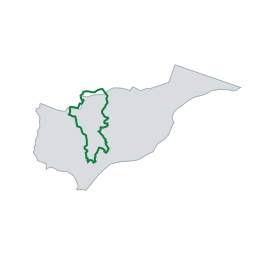 Meknès - Tafilalet on a map of Morocco (Robinson projection), rotated 199°
{"feature_id": "MAR-1452", "entity_name": "Meknès - Tafilalet", "entity_type": "Region", "adm_level": 1, "iso_a3": "MAR", "parent_name": "Morocco", "parent_adm1": "", "projection": "robinson", "projection_center": [-5.04, 32.255], "detail": "fine", "context": "in_parent", "style": "outline", "palette": "green", "viewbox_px": 256, "rotation_deg": 199, "n_neighbors": 0, "source": "natural_earth", "source_scale": "10m", "svg_char_len": 5362}
<svg xmlns="http://www.w3.org/2000/svg" viewBox="0 0 256 256"><g transform="rotate(199 128 128)"><path d="M36.6,201.1L38.1,198.5L40.5,197.4L45.6,196.8L53.1,194.6L59.8,191.3L61.8,190.0L63.8,187.4L67.2,184.0L73.6,179.9L76.5,177.6L81.0,171.9L84.0,167.2L86.4,164.1L88.2,161.4L89.4,158.7L90.1,154.2L89.7,152.5L87.9,149.7L86.6,148.9L86.3,147.6L87.0,145.2L87.1,141.2L87.5,134.8L89.7,129.6L94.8,122.7L95.7,119.9L96.4,115.5L96.4,113.9L102.8,107.6L106.5,102.7L107.8,101.6L111.0,99.3L122.3,94.5L128.6,91.1L132.4,88.5L134.6,85.6L140.7,73.9L146.8,57.5L147.3,55.6L150.0,55.0L151.8,54.8L153.4,54.2L155.2,53.0L157.0,53.5L156.1,54.3L156.1,56.3L157.4,58.7L159.6,61.3L163.7,64.7L166.8,66.1L171.4,66.9L176.6,65.4L179.5,65.4L181.0,64.7L182.5,65.7L185.5,66.0L188.3,65.5L190.5,64.1L191.8,62.4L192.1,63.2L192.1,64.1L192.6,64.6L193.4,66.7L193.9,67.5L195.5,67.4L197.0,67.8L200.2,67.6L203.3,67.9L203.7,69.3L204.6,70.3L207.8,72.8L209.7,74.3L209.8,74.8L209.2,76.1L208.9,76.9L209.5,77.9L210.6,79.0L210.7,79.5L210.5,80.1L209.9,81.3L211.2,84.8L211.4,88.2L211.1,90.6L211.2,91.9L211.3,93.1L212.5,95.8L211.8,100.4L212.6,102.8L213.8,104.8L214.4,108.4L215.4,110.1L216.9,111.5L217.7,112.0L219.4,113.3L220.6,114.3L221.3,115.8L219.8,117.1L218.7,118.2L218.3,119.4L218.9,121.3L218.9,122.4L218.2,122.7L215.1,122.6L212.7,122.5L209.9,122.4L206.0,122.2L203.6,122.1L200.2,121.9L199.1,122.0L196.0,122.6L193.9,123.0L193.5,123.1L192.9,123.5L192.4,125.0L192.0,126.6L191.6,127.3L185.1,129.7L182.6,130.0L181.1,129.8L180.1,129.9L179.2,130.4L178.9,131.2L178.9,132.2L179.0,133.2L179.7,134.5L179.8,135.9L179.4,136.9L179.3,137.8L179.1,138.9L179.5,139.4L180.1,139.5L180.7,140.0L181.6,140.5L182.3,141.3L182.3,142.5L181.7,143.1L181.2,143.5L178.7,143.8L176.8,144.0L174.3,145.9L171.6,147.9L168.5,149.3L167.1,149.7L164.6,150.6L161.7,152.2L160.3,154.7L158.5,157.6L156.7,159.6L154.3,161.4L152.1,162.1L149.3,163.0L145.8,163.7L143.3,163.9L142.5,164.1L140.3,164.1L139.2,164.0L138.4,163.9L138.1,164.1L138.0,164.6L137.9,165.6L137.8,166.8L137.1,167.8L136.6,168.3L136.0,168.5L134.2,168.2L132.6,167.9L128.9,167.4L128.2,167.5L127.9,167.7L126.8,168.4L125.0,169.8L123.8,171.1L122.9,171.7L120.7,172.0L119.8,172.5L115.8,175.6L114.9,176.4L110.8,179.2L109.6,180.1L108.7,181.0L106.2,183.0L104.7,183.9L104.4,184.4L104.3,185.7L104.3,188.4L104.2,191.1L104.2,194.9L104.2,198.8L104.1,203.0L34.7,203.0L36.6,201.1Z" fill="#d9dde1" stroke="#a8b0b8" stroke-width="1"/><path d="M189.4,129.2L188.5,129.4L184.0,130.3L183.5,130.3L182.8,130.2L181.8,130.7L181.6,135.4L180.4,135.5L179.6,136.1L179.4,136.3L179.3,136.7L179.4,138.1L179.4,138.5L179.1,139.0L179.0,139.4L179.0,139.7L179.2,139.9L179.5,139.9L180.2,139.3L180.4,139.2L180.7,139.3L180.9,139.5L181.3,140.2L181.6,140.5L182.2,140.7L182.3,140.9L182.5,141.2L182.6,141.6L182.6,141.9L183.4,143.3L182.6,144.7L181.8,145.4L181.9,146.6L182.0,147.7L179.2,149.2L176.6,149.9L174.2,150.0L172.4,150.5L170.9,151.4L169.2,153.7L167.0,155.5L164.8,156.5L162.4,154.8L160.8,153.7L159.5,152.7L158.7,152.4L157.9,151.6L157.7,150.5L158.0,149.7L158.1,148.8L157.5,148.1L156.9,147.3L156.7,146.6L156.2,146.0L155.7,145.7L155.7,144.8L155.7,144.2L156.1,143.8L156.6,142.5L156.5,141.6L156.6,140.5L157.7,137.0L158.0,135.0L157.4,133.9L155.0,132.2L154.3,131.4L153.4,131.1L152.6,130.9L151.4,131.2L150.6,131.1L150.0,130.9L150.3,129.7L151.7,127.9L152.5,126.6L152.2,125.4L151.2,124.9L148.9,125.6L148.6,124.6L148.1,124.1L148.2,123.3L148.7,122.5L149.8,121.7L151.5,120.4L152.1,120.1L152.7,119.9L154.0,119.9L154.1,119.5L153.6,118.5L153.5,117.9L153.2,117.2L153.5,116.3L153.9,115.8L154.5,115.3L154.6,115.1L153.3,114.7L151.3,113.4L149.4,112.6L147.5,110.8L145.3,109.9L145.3,109.1L145.4,108.7L145.1,108.0L144.7,107.8L143.9,107.8L143.6,107.5L143.7,106.8L143.8,106.5L144.0,105.9L142.9,104.7L141.1,103.4L140.5,103.1L139.9,102.6L139.6,101.8L140.0,101.3L139.9,100.4L139.8,100.1L139.9,99.6L139.9,99.2L140.4,98.3L140.6,97.6L141.0,97.5L141.4,97.6L142.4,97.9L142.8,98.2L142.8,98.6L142.8,98.9L142.8,99.2L143.0,99.5L143.7,99.8L144.1,99.8L144.5,99.9L144.8,100.2L145.6,100.4L146.0,100.4L146.3,100.2L146.8,100.1L148.5,100.2L148.9,100.0L149.2,99.8L149.1,99.5L149.0,99.2L148.9,98.9L149.0,98.4L149.0,98.0L149.1,97.5L149.0,97.0L149.2,96.5L149.3,95.9L149.2,95.3L149.2,94.9L149.6,93.9L150.0,93.1L150.2,91.8L150.1,91.4L149.8,91.1L149.7,90.7L149.4,90.4L149.3,90.1L149.7,88.8L149.5,88.3L149.2,87.9L148.9,87.4L148.9,87.1L148.5,86.4L148.3,86.2L147.8,85.9L148.1,85.3L148.6,84.9L148.8,84.5L149.1,84.3L149.3,84.1L150.0,84.5L150.2,84.8L150.5,85.0L150.6,85.4L150.9,85.6L151.4,85.6L152.0,85.6L152.6,85.6L154.1,85.0L154.4,84.7L154.4,84.4L154.3,84.1L154.8,82.9L155.5,83.8L155.9,84.4L156.1,85.0L156.2,85.7L156.2,86.1L156.5,86.3L156.9,86.3L157.1,86.1L157.5,86.0L157.7,86.4L158.3,88.0L159.6,90.2L159.9,91.0L159.7,91.4L158.9,92.5L159.0,93.1L159.4,93.6L161.6,94.0L162.3,94.5L162.7,95.4L162.8,96.3L161.5,97.8L161.3,98.6L163.3,103.8L164.6,105.7L164.8,106.4L165.0,107.0L165.5,107.5L166.7,107.8L168.0,107.9L169.0,108.2L170.4,109.7L171.9,111.9L172.2,112.5L172.9,112.9L173.6,113.2L174.9,113.1L175.4,113.1L176.5,113.1L177.4,114.5L177.9,115.4L178.9,116.9L179.5,118.2L179.7,119.1L180.4,119.5L180.6,120.3L181.2,120.9L181.3,121.5L181.8,121.7L182.6,121.6L183.3,121.2L183.7,121.0L184.3,120.9L185.1,121.1L185.6,121.4L186.3,121.5L187.0,121.4L187.7,121.3L188.3,121.5L188.0,122.4L188.0,123.9L188.2,125.1L188.9,126.8L189.5,127.2L189.4,128.2L189.4,129.2Z" fill="none" stroke="#15803d" stroke-width="2"/></g></svg>